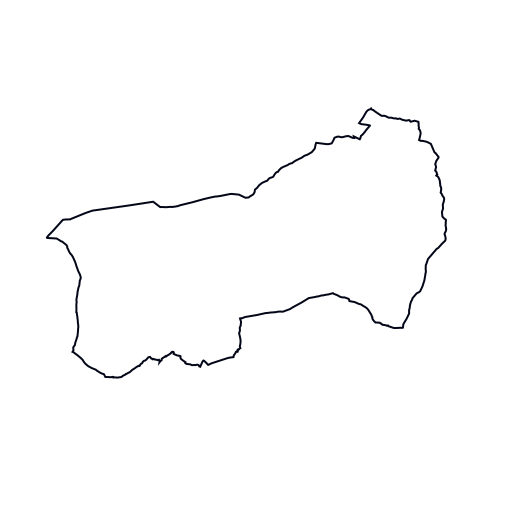 Ocna Sibiului, Sibiu, Romania (Natural Earth projection), rotated 164°
{"feature_id": "2599482B46010461750769", "entity_name": "Ocna Sibiului", "entity_type": "district", "adm_level": 2, "iso_a3": "ROU", "parent_name": "Romania", "parent_adm1": "Sibiu", "projection": "natural_earth1", "projection_center": [24.038, 45.885], "detail": "fine", "context": "isolated", "style": "outline", "palette": "ink", "viewbox_px": 512, "rotation_deg": 164, "n_neighbors": 0, "source": "geoboundaries", "source_scale": "gbopen_adm2", "svg_char_len": 6042}
<svg xmlns="http://www.w3.org/2000/svg" viewBox="0 0 512 512"><g transform="rotate(164 256 256)"><path d="M423.9,342.6L424.5,342.4L429.0,343.6L431.7,344.0L444.6,335.9L449.6,333.1L451.2,332.0L451.9,331.4L451.9,331.1L451.5,330.8L442.9,327.8L440.5,325.3L439.6,324.1L438.3,323.2L435.2,318.8L434.8,317.1L435.2,316.0L434.7,314.1L434.6,312.6L434.0,309.9L433.0,307.9L432.3,305.6L431.5,300.0L431.4,297.1L431.4,295.6L431.0,290.2L430.4,287.0L430.3,285.1L430.4,283.6L430.7,282.9L431.1,282.2L432.1,281.0L434.0,276.4L435.4,274.5L437.4,270.7L438.6,267.7L439.4,266.2L440.8,263.2L441.1,261.1L442.0,259.1L443.6,253.2L443.9,252.3L444.3,251.7L443.9,250.8L444.2,249.5L444.4,247.5L445.2,242.6L445.6,241.1L445.9,238.7L446.4,236.6L446.9,235.6L447.5,233.7L449.8,227.9L450.9,226.7L451.2,225.9L453.4,222.8L454.6,220.4L456.7,218.7L457.1,217.8L457.3,216.3L457.5,215.7L458.8,214.4L457.5,213.3L456.9,212.2L455.7,210.8L452.7,206.5L451.4,204.2L451.0,203.2L450.9,202.4L449.9,199.8L447.7,196.4L444.6,193.4L441.4,190.9L440.5,189.6L437.7,186.5L436.2,185.2L434.9,184.5L434.7,184.0L434.2,181.3L432.9,180.8L431.4,180.4L429.1,179.5L426.9,179.3L426.7,179.2L426.6,178.5L425.8,178.5L423.1,177.4L419.1,176.8L418.0,177.0L417.2,177.5L414.3,178.0L413.7,178.4L411.8,178.6L411.1,178.9L410.4,178.9L409.0,179.3L406.0,180.8L404.6,181.1L401.0,182.4L400.5,182.4L399.1,182.8L398.5,182.4L398.2,182.4L397.6,183.1L396.4,184.0L395.9,184.2L395.4,184.2L394.7,184.6L393.9,185.5L392.6,186.1L391.3,186.1L390.2,186.5L387.6,188.2L386.3,188.3L385.7,188.2L384.8,186.1L383.9,185.7L383.6,185.1L382.8,185.3L382.1,184.6L379.7,183.4L379.2,183.0L378.6,182.8L377.9,183.0L377.8,182.7L377.6,181.5L378.1,180.4L377.0,181.2L375.4,181.9L375.1,182.9L374.7,183.3L370.4,184.7L370.2,184.2L368.6,184.8L366.0,185.5L364.3,186.2L364.2,186.5L363.1,187.0L362.4,186.9L361.7,186.4L361.6,186.0L361.9,185.6L362.2,184.6L359.3,182.2L356.5,180.8L356.2,180.4L356.7,179.1L356.6,178.0L355.2,175.9L353.1,173.4L353.5,173.0L353.5,172.5L353.2,172.1L352.6,171.5L348.8,169.8L347.8,168.8L344.0,167.8L342.8,167.8L341.8,167.4L341.1,166.7L341.0,165.6L340.2,164.9L336.7,169.0L336.1,169.6L335.4,170.0L334.8,169.6L333.9,168.2L332.0,164.5L328.2,165.1L311.4,165.7L309.5,165.6L305.5,165.0L304.8,166.5L302.8,168.1L301.7,169.4L300.1,169.0L299.9,169.2L300.1,170.1L299.8,170.3L299.1,170.5L299.3,171.0L298.7,171.3L297.8,171.2L296.4,171.8L296.5,173.0L296.4,173.8L295.3,175.7L294.2,178.6L293.8,181.3L293.5,186.6L292.3,188.1L291.6,190.2L291.5,191.3L291.0,192.1L289.9,193.3L289.5,194.6L288.9,195.7L288.5,197.0L288.6,200.4L288.1,200.4L287.7,200.0L286.6,200.2L285.8,200.0L283.7,200.4L271.2,199.0L262.6,198.5L261.4,198.2L257.9,197.7L252.6,196.6L250.1,196.4L247.6,195.8L246.1,195.2L244.9,195.1L238.0,195.6L234.6,196.6L225.5,198.6L216.8,201.0L210.5,200.3L208.9,200.3L207.2,200.0L203.6,200.0L202.3,199.6L200.7,199.6L196.7,199.1L193.1,199.1L192.1,198.9L191.8,198.3L189.0,196.2L185.9,193.2L184.3,192.4L182.3,191.8L179.2,189.6L178.5,188.7L178.7,187.2L178.6,186.9L173.8,184.5L170.1,181.4L168.5,180.6L166.4,178.1L165.1,176.9L163.7,175.0L162.9,173.2L161.3,167.7L161.3,165.7L161.0,165.2L161.3,164.0L161.3,163.1L160.5,160.9L159.7,159.6L159.6,159.2L155.5,157.8L155.2,157.3L154.7,157.1L154.5,156.4L154.0,155.8L153.7,155.7L153.2,154.9L152.3,154.6L150.2,153.6L149.3,152.8L148.5,152.9L148.1,152.7L148.0,152.0L143.8,149.1L142.5,148.5L138.0,147.4L137.5,147.4L135.0,146.5L135.1,146.0L134.4,146.9L133.2,149.7L132.9,150.1L128.5,154.2L125.0,158.1L124.7,158.5L123.7,161.9L122.5,163.8L121.7,166.0L119.6,169.4L118.5,170.4L117.1,172.3L112.4,175.5L111.1,176.0L109.7,176.2L108.5,176.6L107.7,177.1L104.3,181.0L100.9,186.1L98.3,191.5L98.2,192.0L97.2,193.6L97.0,194.2L96.5,196.7L95.3,200.4L94.3,201.6L91.5,205.7L80.3,213.1L78.8,213.4L73.7,216.6L70.2,218.4L69.3,219.4L68.9,220.6L68.7,221.7L68.6,223.7L68.8,224.7L68.7,225.1L68.3,225.9L66.8,227.4L65.7,229.4L65.8,230.0L65.5,231.1L65.4,232.9L65.1,233.8L64.7,234.7L64.5,235.7L63.5,238.0L63.5,238.6L64.7,240.0L65.9,242.5L65.9,243.1L65.5,244.8L65.3,246.5L64.9,247.4L63.1,250.1L62.4,253.4L62.2,254.1L60.9,255.9L59.5,258.6L59.3,259.7L59.3,260.4L60.1,262.5L60.5,265.0L60.9,265.6L61.0,266.1L60.0,267.9L59.7,269.1L59.4,269.4L59.2,271.2L59.5,272.0L59.5,272.6L59.0,274.8L59.1,275.4L58.7,276.7L58.6,278.0L58.6,279.2L59.1,281.9L60.5,283.6L59.3,284.4L59.5,285.3L59.3,286.2L59.4,286.6L59.6,287.6L60.2,288.8L58.4,291.8L58.3,293.0L58.4,294.9L56.4,297.8L54.5,299.3L53.4,300.3L53.2,300.8L55.1,305.6L55.8,306.3L55.9,306.9L57.0,315.6L60.2,318.6L64.0,320.7L65.8,321.2L67.3,322.5L66.5,323.7L63.9,328.5L63.7,330.5L63.9,332.2L64.5,333.2L64.5,333.5L63.9,334.7L63.8,336.4L63.2,338.4L62.9,340.2L66.2,342.3L70.2,342.4L70.7,343.0L70.9,344.1L71.1,344.3L72.2,344.6L73.6,344.6L74.3,344.7L78.1,346.8L79.4,348.1L80.1,348.5L82.0,348.7L83.3,349.4L83.6,349.8L85.2,350.1L87.9,351.7L90.4,352.4L92.8,354.7L94.0,355.4L95.3,355.8L96.0,355.9L96.8,356.3L100.4,360.5L102.5,363.1L102.9,363.9L103.7,364.3L104.9,365.7L104.9,366.0L105.6,365.6L107.5,365.5L108.7,365.1L110.4,364.0L114.7,359.8L120.3,355.3L118.4,353.7L113.6,351.7L110.7,350.2L110.6,349.9L115.4,346.7L117.0,345.4L120.0,343.4L122.0,342.5L123.4,340.2L124.1,339.6L129.0,344.0L129.1,342.4L130.5,342.9L134.0,345.8L134.4,345.9L136.3,346.3L140.4,346.4L142.0,347.0L143.5,348.0L145.5,348.3L148.0,348.0L149.9,345.6L150.4,345.3L151.6,343.9L152.4,343.4L155.3,343.5L157.4,344.1L166.9,348.2L168.0,346.8L168.9,344.9L170.0,343.0L171.1,342.2L173.9,340.4L178.6,339.2L181.9,339.0L184.6,338.0L191.4,336.8L193.8,336.1L195.7,335.3L196.5,335.4L198.7,335.3L200.4,334.7L205.4,334.1L207.8,333.5L210.5,332.0L211.5,330.9L212.9,330.9L214.0,330.5L215.9,329.1L217.4,327.6L218.0,327.3L221.4,327.1L222.5,326.7L224.4,325.3L226.8,325.1L230.0,324.6L233.4,323.2L236.5,321.0L238.7,320.1L239.8,317.7L241.5,316.1L242.7,315.6L245.0,315.1L246.9,314.3L250.1,314.9L255.5,319.7L262.1,322.3L263.6,322.7L272.3,323.4L276.6,323.9L278.9,324.4L284.0,324.8L290.8,325.1L302.5,325.2L314.9,325.7L317.2,325.5L320.3,325.8L323.4,326.3L324.5,326.8L329.0,327.7L334.1,329.4L334.6,329.4L339.9,336.5L363.4,339.5L400.8,344.7L408.3,344.3L423.9,342.6Z" fill="none" stroke="#020617" stroke-width="2"/></g></svg>